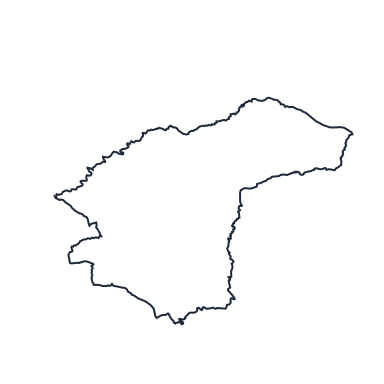 Rosas, Cauca, Colombia, rotated 298°
{"feature_id": "7082276B70920947673933", "entity_name": "Rosas", "entity_type": "district", "adm_level": 2, "iso_a3": "COL", "parent_name": "Colombia", "parent_adm1": "Cauca", "projection": "equal_earth", "projection_center": [-76.744, 2.253], "detail": "fine", "context": "isolated", "style": "outline", "palette": "slate", "viewbox_px": 384, "rotation_deg": 298, "n_neighbors": 0, "source": "geoboundaries", "source_scale": "gbopen_adm2", "svg_char_len": 6007}
<svg xmlns="http://www.w3.org/2000/svg" viewBox="0 0 384 384"><g transform="rotate(298 192 192)"><path d="M68.0,238.6L68.6,238.5L69.5,240.3L71.1,241.4L71.2,243.3L70.4,245.1L71.0,245.8L72.3,245.7L72.8,245.0L73.1,241.2L73.5,240.5L74.1,240.4L74.4,240.9L75.1,243.6L76.2,245.0L77.3,245.4L78.0,244.7L83.7,246.3L84.6,247.0L86.3,250.2L87.6,251.7L89.9,252.2L91.7,251.1L93.0,252.4L92.3,254.9L92.3,256.1L93.1,256.3L94.8,255.6L95.8,256.2L95.7,259.7L98.4,263.5L99.7,264.7L100.0,267.8L101.4,268.7L104.7,276.3L105.6,276.6L108.8,275.9L110.2,277.7L111.9,278.1L112.8,278.0L115.0,276.5L116.4,276.4L116.7,276.7L117.0,279.5L117.5,279.9L118.2,279.2L120.2,275.3L122.0,270.1L122.4,269.6L123.2,269.4L125.6,270.5L130.6,266.2L131.4,266.1L132.1,266.8L132.8,266.5L134.0,264.2L134.5,264.7L134.9,266.3L135.6,266.5L140.2,263.8L144.4,263.2L146.4,261.8L147.3,260.6L149.3,261.4L150.1,261.2L150.8,260.0L151.1,257.1L153.3,256.3L154.9,253.4L156.2,253.6L156.7,251.6L158.8,249.5L160.9,249.7L164.7,248.0L166.1,248.2L166.9,246.5L167.6,245.8L168.2,245.9L168.5,247.7L169.0,248.1L169.8,247.8L170.9,246.5L171.3,246.3L171.7,246.8L173.2,245.7L174.2,246.6L175.6,246.1L176.1,246.9L177.1,246.9L178.3,245.9L179.5,247.0L180.9,246.0L180.4,244.1L181.2,243.1L182.2,243.7L183.3,243.1L184.1,243.9L184.9,243.4L186.2,243.5L187.7,244.6L189.1,244.2L189.9,245.1L190.9,245.3L191.5,246.0L195.4,243.3L196.2,241.9L196.9,242.4L198.2,242.4L198.3,242.9L198.6,242.9L198.9,242.4L199.0,241.2L199.7,240.6L201.8,240.4L203.0,242.4L203.5,242.5L204.3,240.7L206.3,238.9L213.9,234.8L216.5,234.2L219.7,236.3L220.4,237.2L222.3,241.8L224.3,244.2L225.8,245.1L226.5,246.1L227.2,246.6L229.7,245.7L232.5,248.7L235.2,250.6L236.5,252.1L238.8,252.6L240.9,254.9L243.0,255.4L246.8,261.2L248.6,262.2L250.6,264.9L251.6,267.9L255.5,271.2L255.9,272.0L256.9,272.2L257.6,273.8L258.3,273.6L258.3,274.8L259.4,275.3L259.3,276.6L259.7,277.3L258.5,279.1L258.4,280.3L259.6,282.0L261.8,282.2L262.4,282.7L265.2,285.6L266.2,287.2L267.9,288.1L268.6,289.3L270.2,289.2L270.7,290.3L271.4,290.6L272.2,294.5L273.7,296.6L275.7,298.1L275.8,298.9L274.7,300.3L276.4,302.1L278.3,307.8L280.9,308.2L281.8,309.1L285.8,311.0L289.4,309.4L290.4,308.1L291.5,308.0L291.9,307.2L293.3,307.8L294.1,307.4L294.9,307.9L296.3,307.8L297.1,306.8L297.8,306.7L298.8,305.9L300.4,306.3L301.2,307.0L302.5,305.9L303.8,306.4L304.9,305.9L305.7,306.1L307.2,304.5L308.5,304.8L310.2,303.9L313.6,304.7L315.8,304.3L316.7,304.8L318.2,306.6L319.6,305.0L320.1,297.6L320.0,295.6L318.8,292.3L315.2,286.4L313.8,283.3L312.6,276.2L312.8,273.1L312.7,268.5L315.1,256.6L315.3,254.2L315.0,251.5L315.4,249.9L314.5,245.7L314.5,241.1L312.6,238.0L312.3,235.5L310.9,234.3L311.9,232.7L312.0,231.6L311.8,230.4L311.1,229.2L312.4,227.8L312.4,226.4L313.1,225.2L313.1,224.0L312.6,222.2L311.8,220.9L312.0,219.2L311.1,215.2L309.6,213.8L308.3,213.7L306.2,212.1L304.9,210.2L303.9,207.0L303.9,204.3L302.5,201.8L301.6,201.4L299.9,202.2L299.3,199.3L297.6,198.8L296.6,197.3L295.3,197.3L294.0,196.4L292.7,197.4L292.4,197.0L292.6,195.5L292.3,195.0L291.6,194.9L290.9,196.1L290.4,195.1L288.8,194.2L288.0,194.7L286.9,194.6L285.9,195.3L284.9,195.3L283.7,194.4L283.1,194.7L282.3,194.1L280.8,193.8L280.9,192.0L279.8,191.2L278.8,189.6L277.3,190.6L275.9,189.6L275.4,189.9L274.7,189.6L273.8,190.3L272.9,189.2L270.9,188.3L270.7,186.3L267.1,182.7L265.9,180.5L265.0,181.1L264.3,181.0L263.6,180.0L262.3,180.3L261.1,177.6L260.1,177.9L259.2,176.3L259.1,175.3L257.7,174.4L257.6,173.6L256.0,171.9L255.6,170.4L253.6,168.3L252.6,167.6L249.4,166.6L248.4,165.3L246.5,164.5L246.2,163.4L244.9,162.2L242.9,161.2L241.7,161.7L240.4,160.5L239.2,157.2L239.9,151.3L241.2,148.5L241.1,147.1L240.2,144.7L240.6,142.2L240.0,141.5L239.2,141.6L238.5,140.9L236.6,141.3L235.8,139.9L234.5,140.0L234.0,139.6L233.8,138.7L234.1,136.6L233.1,132.4L232.0,132.3L231.2,131.5L231.0,130.6L229.4,129.6L228.1,127.8L227.8,126.5L226.4,125.8L225.7,124.2L221.9,123.6L221.3,121.2L220.8,120.7L219.8,121.8L218.3,122.5L217.0,122.0L213.1,122.1L212.2,121.3L210.9,118.5L208.4,117.4L208.2,116.6L208.4,114.6L204.9,114.5L205.0,112.7L204.4,112.0L203.5,112.4L202.5,114.4L201.8,114.8L199.0,113.0L197.5,110.7L195.0,109.2L194.3,109.5L193.9,110.4L194.4,112.8L193.5,113.4L192.5,113.0L191.4,109.0L191.8,107.6L191.2,104.8L190.5,103.7L185.6,103.1L183.8,102.2L182.6,100.7L181.3,96.9L180.4,97.4L179.4,98.8L178.5,100.8L177.9,101.2L177.4,100.7L176.9,99.1L174.1,98.0L171.8,94.8L168.5,94.1L166.9,93.0L165.0,94.0L165.1,90.5L164.4,88.3L163.9,88.5L163.1,90.1L161.8,91.6L161.6,94.3L160.4,95.0L158.8,94.5L158.0,93.3L157.8,91.9L157.3,91.3L155.2,91.7L153.3,93.5L152.3,93.5L149.9,89.0L149.2,88.6L148.5,88.9L147.5,91.9L145.8,91.9L142.3,88.4L139.8,88.6L138.1,84.7L137.5,84.4L135.9,84.6L135.1,83.9L134.7,81.2L134.2,80.0L131.5,77.9L129.5,78.0L128.6,77.4L127.0,75.8L126.6,73.7L126.3,73.4L124.0,74.5L123.8,73.0L122.7,74.3L122.8,79.0L123.9,79.8L124.4,82.2L123.4,85.4L122.9,91.1L121.6,93.6L120.6,97.7L120.3,102.5L121.0,105.3L120.1,107.6L120.3,110.8L118.8,113.0L115.1,116.0L114.1,117.3L115.5,117.5L117.0,118.4L120.1,121.8L117.5,123.6L115.8,123.9L114.9,126.0L112.2,130.1L111.0,131.1L110.3,132.6L109.4,131.1L107.4,130.9L106.8,128.3L105.8,127.6L104.9,126.4L104.8,125.1L102.9,124.2L102.1,121.5L100.6,120.8L99.1,118.6L95.8,116.2L94.3,116.4L92.5,115.8L90.8,114.4L90.2,114.4L89.4,112.9L88.1,112.8L87.6,111.5L86.4,111.5L83.9,114.2L83.0,114.0L81.7,112.5L79.0,112.3L77.6,112.9L74.9,115.4L74.0,115.8L72.0,117.8L72.5,119.3L75.9,124.4L76.3,125.7L77.9,126.8L78.2,127.8L79.4,128.4L80.6,130.0L81.6,132.9L81.7,136.1L82.2,138.1L81.8,138.9L81.3,139.0L79.3,138.0L78.7,139.5L77.9,140.2L76.0,139.9L74.9,141.0L73.4,141.3L71.8,143.0L69.2,143.5L66.6,145.5L65.2,147.1L64.7,148.6L63.9,148.9L66.2,153.2L67.1,157.5L69.0,160.8L70.3,161.9L70.2,162.9L71.4,164.3L73.2,164.5L72.4,165.7L72.5,167.6L73.6,170.5L74.1,173.0L75.8,178.0L75.5,180.0L73.8,182.7L74.1,185.4L73.0,187.0L73.4,188.9L72.8,195.1L73.5,201.2L73.4,203.9L72.7,208.6L71.0,213.0L65.2,217.9L64.2,219.9L69.3,223.3L71.1,226.4L73.5,227.8L73.1,229.5L72.3,229.9L70.1,233.6L69.5,236.1L68.2,237.2L68.0,238.6Z" fill="none" stroke="#1e293b" stroke-width="2"/></g></svg>